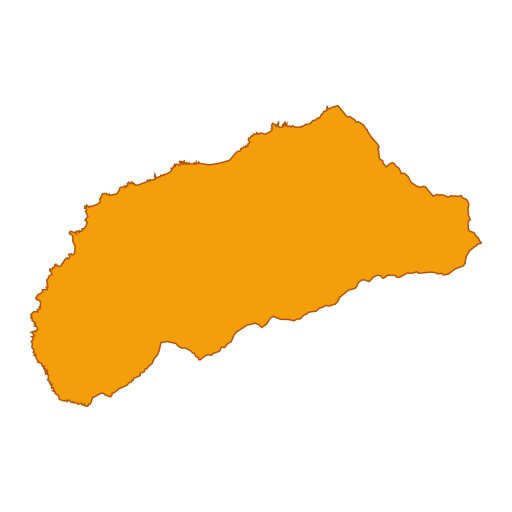 the district of Santo Andre, Porto Novo, Cabo Verde
{"feature_id": "66160863B70751634637165", "entity_name": "Santo Andre", "entity_type": "district", "adm_level": 2, "iso_a3": "CPV", "parent_name": "Cabo Verde", "parent_adm1": "Porto Novo", "projection": "natural_earth1", "projection_center": [-25.312, 17.075], "detail": "fine", "context": "isolated", "style": "filled", "palette": "amber", "viewbox_px": 512, "rotation_deg": 0, "n_neighbors": 0, "source": "geoboundaries", "source_scale": "gbopen_adm2", "svg_char_len": 5955}
<svg xmlns="http://www.w3.org/2000/svg" viewBox="0 0 512 512"><path d="M481.3,242.4L479.4,240.9L478.4,238.0L476.1,236.0L473.9,232.6L469.5,231.2L468.5,229.2L467.9,222.9L469.0,220.3L470.4,219.7L468.6,216.0L467.9,207.9L468.6,206.7L468.7,203.3L466.4,199.4L462.6,197.9L461.1,195.5L459.3,196.4L450.7,195.8L448.4,197.2L442.1,194.7L439.4,195.2L437.3,194.5L433.1,196.1L425.3,186.9L423.0,186.3L420.8,187.3L417.2,186.5L411.1,182.4L407.8,176.2L404.1,173.3L401.2,173.5L399.2,168.5L395.4,165.7L394.4,163.8L392.4,162.7L390.4,163.4L386.2,166.9L382.9,162.9L382.9,161.0L379.4,158.7L378.6,151.2L377.6,148.9L379.2,147.4L377.7,144.4L371.6,137.4L367.5,131.3L367.1,129.5L365.9,128.9L363.4,124.9L358.6,121.8L355.9,121.9L354.7,119.8L350.3,116.9L347.0,116.7L337.9,105.7L332.3,107.2L329.2,108.9L327.9,108.4L327.0,105.9L326.8,110.6L323.5,111.6L322.9,113.5L321.4,114.5L320.0,117.5L317.3,118.3L315.3,120.3L313.1,120.4L310.4,123.3L307.1,124.6L306.1,124.2L301.5,127.0L300.9,126.4L299.7,127.3L293.9,126.9L292.5,125.7L290.8,127.1L289.7,125.9L287.6,126.4L286.7,125.4L286.8,123.7L285.7,125.4L285.2,122.8L284.2,124.6L284.2,123.2L282.7,125.1L282.8,126.6L280.2,127.6L278.5,126.9L278.4,125.6L277.0,125.9L278.6,123.6L278.5,122.5L276.9,124.9L275.3,125.8L275.0,124.5L272.5,123.3L271.6,125.8L272.3,127.8L271.5,128.5L272.3,129.6L271.1,131.1L265.5,134.2L260.3,133.0L259.1,134.1L257.0,133.8L257.0,132.0L256.2,134.2L253.8,134.0L252.3,136.2L251.4,135.9L250.0,138.1L248.7,138.2L248.3,139.8L249.8,142.3L247.9,144.0L247.9,145.8L246.7,146.7L246.0,145.7L245.3,147.1L243.9,146.8L242.8,148.1L240.8,148.7L241.1,149.2L239.9,151.1L237.7,151.4L235.5,153.3L229.6,160.3L219.3,163.3L209.0,164.9L199.3,163.3L198.8,162.2L198.1,163.3L196.9,163.4L196.3,162.0L195.6,164.3L194.1,164.0L194.1,162.3L193.7,163.9L188.9,164.0L188.9,163.3L188.5,163.8L187.2,162.8L187.1,163.9L185.5,164.0L185.5,163.1L185.0,163.4L184.6,162.6L183.5,163.6L184.1,161.1L183.3,161.6L182.9,163.4L181.5,161.5L180.8,162.1L180.1,161.4L180.0,161.8L181.8,162.7L181.3,163.4L179.8,162.6L180.6,164.6L179.2,165.3L177.2,164.2L175.7,164.3L175.3,165.6L174.6,164.6L174.2,165.2L174.9,166.4L173.4,166.7L172.3,168.8L171.2,168.4L171.6,170.6L167.8,173.5L164.0,174.7L163.9,175.4L160.7,175.3L160.5,176.4L156.3,178.0L154.9,174.5L154.6,176.5L155.4,178.9L151.0,180.6L150.5,179.8L148.3,180.3L148.5,180.9L147.5,180.2L146.8,181.9L137.8,185.1L135.7,185.2L133.4,183.1L132.7,183.6L131.7,182.0L130.4,183.8L128.6,182.2L127.3,183.8L127.9,185.3L126.1,186.5L125.5,185.4L125.5,187.3L124.0,186.3L123.2,187.2L121.0,187.2L119.6,188.2L119.5,190.0L116.8,193.8L110.1,195.4L109.3,194.3L109.2,194.9L107.3,194.7L106.6,193.5L102.8,193.6L99.7,199.4L100.2,201.6L97.9,204.1L91.4,206.5L90.3,206.1L89.0,207.3L86.8,205.2L86.4,206.8L84.4,206.0L85.0,206.7L84.6,208.2L85.9,208.2L86.6,209.4L86.6,210.4L85.5,211.1L87.9,216.3L85.3,219.6L86.0,219.5L85.8,220.7L87.1,221.9L86.6,224.7L84.7,228.0L83.8,228.9L82.2,228.7L82.2,230.7L81.2,231.6L79.5,230.7L79.1,232.3L78.6,231.3L76.7,231.1L76.2,232.0L76.5,233.6L75.2,232.2L74.0,232.5L70.8,231.2L69.3,232.6L69.6,233.9L71.5,234.5L72.9,236.4L72.8,241.3L75.3,246.6L74.4,253.7L72.1,255.0L71.4,253.9L68.7,254.4L69.8,256.8L69.4,258.1L68.3,258.7L66.9,257.2L67.4,258.7L64.9,259.2L64.7,261.0L63.4,261.3L63.0,263.3L61.8,264.0L60.9,266.2L58.5,266.6L57.7,265.4L56.3,265.6L55.8,264.2L54.8,265.0L54.4,267.3L52.9,267.6L52.0,269.4L50.1,268.9L49.6,270.6L51.3,272.2L51.9,274.9L49.3,275.5L48.5,278.0L46.5,280.5L47.4,282.9L46.9,284.4L47.7,285.5L47.8,287.1L46.2,287.2L47.2,289.6L42.4,289.6L42.7,291.8L39.5,294.2L38.5,294.1L36.6,296.6L36.5,298.1L35.9,298.1L36.6,299.7L39.5,300.3L40.4,301.7L40.4,306.5L39.2,306.9L40.4,308.5L37.5,309.7L38.0,310.7L37.1,311.3L37.4,311.8L33.8,311.7L30.7,314.9L31.9,316.1L30.8,317.8L32.3,318.5L32.0,320.3L35.5,323.1L34.3,323.9L35.6,325.1L34.6,325.9L36.3,326.1L37.7,329.2L35.5,331.8L34.8,330.9L31.2,332.3L32.6,333.0L34.6,335.8L31.7,336.7L33.4,337.9L32.6,340.3L31.2,341.4L32.5,343.7L31.8,347.3L33.6,349.5L34.0,352.0L33.3,352.3L35.6,354.6L34.1,355.2L36.1,356.4L36.2,358.5L38.2,361.3L37.8,362.1L41.5,363.4L42.5,366.4L43.6,366.1L43.7,367.3L44.3,366.8L43.8,368.8L46.0,369.4L44.9,370.0L45.5,372.9L46.3,370.4L47.6,371.1L47.4,372.9L46.1,373.9L48.1,374.5L48.5,378.5L47.5,379.7L49.3,381.3L50.0,383.4L50.6,382.8L50.8,384.7L52.1,384.5L51.4,385.3L51.8,388.3L53.0,387.6L53.9,389.9L52.7,390.7L55.6,392.1L55.1,393.3L58.4,395.6L59.5,399.4L64.3,401.0L65.9,400.4L67.1,401.6L67.5,400.4L69.0,400.1L70.5,401.9L72.8,402.5L73.3,401.8L74.3,402.9L76.0,402.5L78.2,404.2L81.5,403.1L82.0,404.6L83.6,405.1L84.2,404.3L85.1,405.8L87.2,406.3L88.2,405.8L88.7,404.3L90.4,403.8L93.0,396.7L94.0,397.0L101.3,393.2L103.1,393.2L105.4,395.1L110.6,396.8L112.1,394.8L111.9,393.5L115.9,391.6L118.6,388.9L127.0,385.2L129.2,382.6L131.1,382.2L131.7,380.9L133.2,380.3L133.3,378.9L134.3,378.0L140.2,375.6L140.2,373.3L144.3,371.6L145.2,368.7L146.9,368.8L147.8,367.0L152.3,363.3L154.1,358.5L157.2,355.4L159.1,350.8L161.0,342.5L167.6,341.6L175.7,343.4L178.6,346.4L181.9,348.1L184.6,347.8L190.3,350.5L192.7,352.9L194.3,353.0L195.5,356.0L198.5,357.8L198.6,359.6L200.2,359.8L205.2,355.8L208.3,354.7L211.4,355.3L213.2,353.3L218.9,351.5L220.3,350.2L220.6,347.9L221.3,347.3L224.6,347.5L227.5,343.9L231.2,341.6L234.0,335.1L236.4,332.0L247.0,325.2L255.2,323.2L258.9,324.8L261.9,327.5L266.7,323.9L270.0,318.5L273.2,316.3L280.5,319.3L288.6,319.5L294.1,320.7L297.1,319.0L300.2,318.9L303.9,315.0L306.3,314.3L308.6,312.2L316.3,311.1L319.4,308.2L323.3,307.0L325.3,305.4L329.1,306.0L335.4,304.0L337.9,301.3L339.6,297.4L348.5,290.1L355.0,288.4L357.1,285.9L357.9,283.1L361.2,280.2L364.3,279.8L369.2,281.5L373.7,276.8L377.6,275.2L381.0,276.0L382.6,278.2L384.9,277.5L387.4,275.2L395.4,275.5L396.7,277.3L399.7,277.2L407.1,273.1L412.2,273.2L416.7,271.8L418.6,273.3L430.2,272.1L434.3,272.4L437.7,273.8L441.2,273.4L442.7,273.9L443.4,275.0L448.5,274.0L455.4,268.8L463.0,266.0L465.3,263.4L465.1,261.6L466.5,256.1L469.3,251.0L475.2,246.2L476.5,245.9L477.3,244.3L480.9,243.4L481.3,242.4Z" fill="#f59e0b" stroke="#b45309" stroke-width="1.5"/></svg>